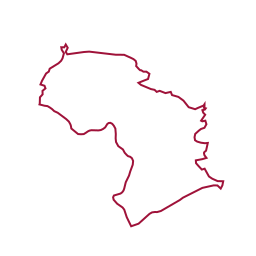 map outline of Wakayama (Robinson projection), rotated 166°
{"feature_id": "JPN-1854", "entity_name": "Wakayama", "entity_type": "Prefecture", "adm_level": 1, "iso_a3": "JPN", "parent_name": "Japan", "parent_adm1": "", "projection": "robinson", "projection_center": [135.481, 33.903], "detail": "fine", "context": "isolated", "style": "outline", "palette": "rose", "viewbox_px": 256, "rotation_deg": 166, "n_neighbors": 0, "source": "natural_earth", "source_scale": "10m", "svg_char_len": 2016}
<svg xmlns="http://www.w3.org/2000/svg" viewBox="0 0 256 256"><g transform="rotate(166 128 128)"><path d="M208.2,172.3L207.7,173.1L206.0,179.1L202.7,181.3L202.0,184.7L198.5,186.4L198.8,189.2L202.4,191.4L200.1,194.5L194.3,200.7L191.2,201.9L189.6,204.5L179.8,207.6L176.6,209.4L174.7,211.4L172.1,216.0L173.4,220.0L173.2,222.5L170.3,221.7L168.2,224.1L167.1,220.4L170.0,216.9L169.1,214.2L152.4,212.4L147.2,211.5L122.0,202.0L114.1,200.0L108.0,195.2L106.0,193.5L104.3,191.2L104.2,188.4L105.1,186.1L103.1,182.4L102.2,181.1L101.2,180.8L99.4,178.9L96.5,178.2L94.1,175.4L96.7,170.7L102.9,169.9L106.9,169.3L105.0,166.7L96.3,160.2L93.0,158.6L91.4,156.1L88.3,156.4L83.2,152.8L77.8,152.7L77.3,149.3L71.6,146.0L67.6,141.2L64.1,133.5L58.3,130.0L55.1,130.6L49.2,131.5L48.0,132.6L48.5,130.6L49.4,129.3L47.8,128.3L49.0,127.3L51.5,127.3L51.3,124.7L49.9,122.2L52.5,119.9L55.3,117.4L54.3,116.5L51.2,116.4L51.0,112.7L53.8,109.7L57.4,109.4L59.9,108.3L64.2,106.0L65.7,102.9L65.9,99.9L64.2,98.1L60.8,96.1L57.0,94.6L54.2,94.2L57.7,87.2L58.1,86.9L59.5,86.3L60.1,85.8L60.4,84.9L60.4,83.0L59.1,80.0L63.5,79.8L70.0,80.2L70.5,77.4L68.8,74.1L66.4,69.8L63.5,70.0L61.2,61.4L58.5,58.4L53.9,54.8L48.5,53.3L50.3,49.5L52.7,46.8L55.1,50.6L58.7,51.6L70.3,51.9L91.5,47.1L95.1,45.6L116.2,39.5L120.1,39.4L122.3,40.0L125.1,40.3L127.9,39.5L140.9,32.6L148.7,31.9L150.8,41.8L151.4,49.7L152.5,52.2L156.8,57.1L159.3,61.9L159.2,64.4L158.0,65.9L151.1,66.2L149.2,67.0L147.5,68.4L146.3,70.2L143.3,75.9L138.5,81.6L136.4,85.2L132.3,91.2L131.0,94.8L131.5,97.7L132.8,99.5L134.8,100.7L135.8,102.2L137.2,104.8L138.1,108.4L141.8,112.7L143.0,117.3L142.5,120.9L141.3,125.1L140.4,130.5L141.2,133.6L142.3,135.9L143.9,137.3L145.6,137.5L147.1,136.9L150.0,134.1L152.4,133.1L154.8,132.6L157.2,132.8L164.0,134.7L165.9,134.8L167.8,134.4L169.9,133.6L172.4,132.8L175.1,133.3L177.9,134.2L183.1,141.2L182.9,143.9L183.0,145.4L183.8,148.5L185.8,151.6L192.5,159.8L195.5,162.2L197.1,164.7L198.7,166.6L200.8,168.7L203.6,169.8L208.2,172.3Z" fill="none" stroke="#9f1239" stroke-width="2"/></g></svg>